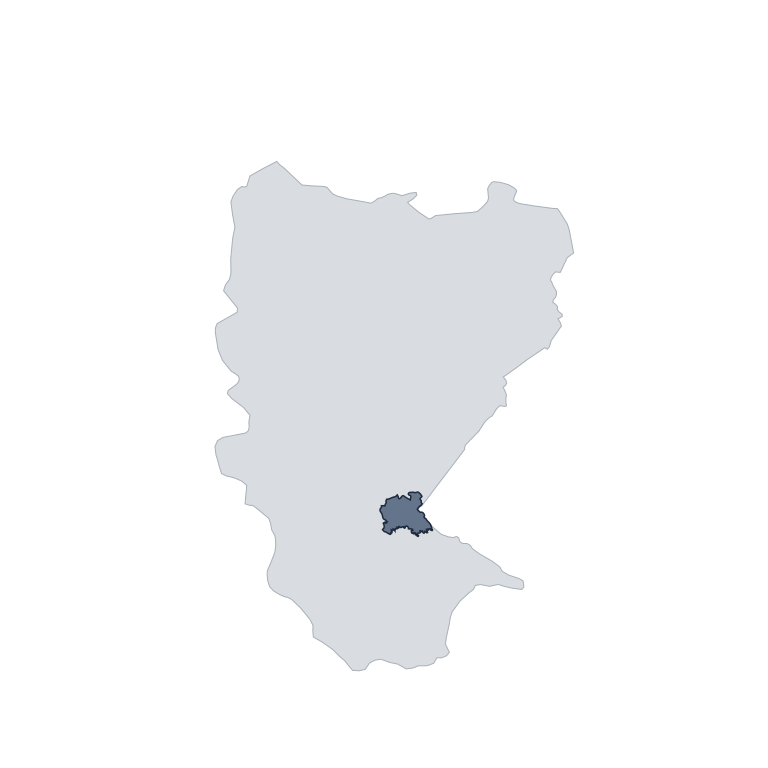 Ioba, Ioba, Burkina Faso shown in context, rotated 308°
{"feature_id": "67063806B47797635439115", "entity_name": "Ioba", "entity_type": "district", "adm_level": 2, "iso_a3": "BFA", "parent_name": "Burkina Faso", "parent_adm1": "Ioba", "projection": "equal_earth", "projection_center": [-3.138, 11.037], "detail": "fine", "context": "in_parent", "style": "filled", "palette": "slate", "viewbox_px": 768, "rotation_deg": 308, "n_neighbors": 0, "source": "geoboundaries", "source_scale": "gbopen_adm2", "svg_char_len": 8681}
<svg xmlns="http://www.w3.org/2000/svg" viewBox="0 0 768 768"><g transform="rotate(308 384 384)"><path d="M537.3,488.2L521.3,489.0L515.5,491.3L512.0,491.4L511.9,489.4L511.5,488.3L491.3,481.8L477.2,478.0L462.9,473.7L462.1,477.7L460.0,480.3L456.9,480.5L454.8,479.8L453.3,482.9L451.0,487.0L447.7,489.0L444.4,491.5L442.6,493.7L441.3,493.7L438.0,488.5L433.6,488.0L425.5,488.9L421.8,487.5L416.8,486.8L405.1,487.8L386.2,485.7L383.1,486.9L382.3,487.8L363.7,488.1L343.1,488.3L325.9,488.6L310.9,488.8L310.9,487.9L306.1,487.8L305.5,489.5L301.3,510.3L300.8,521.6L303.1,528.7L305.6,533.1L308.5,535.0L308.8,537.5L306.5,540.8L306.7,544.1L309.4,547.6L310.0,551.2L308.6,555.0L309.0,564.2L311.0,578.7L311.1,588.1L309.2,592.4L310.1,599.7L313.8,610.1L314.4,614.5L313.1,616.5L310.0,619.2L306.9,619.1L303.3,612.9L301.7,610.0L298.7,603.7L296.3,597.3L292.9,594.5L289.6,591.8L285.5,583.7L281.6,579.9L277.5,581.0L271.5,579.5L259.4,577.5L246.4,578.0L241.0,579.9L235.7,582.9L222.2,589.4L216.8,592.6L212.8,600.7L208.2,600.6L203.6,597.9L200.7,594.2L194.6,595.1L188.6,591.5L182.9,584.4L178.6,582.1L173.2,577.0L171.7,567.2L168.3,560.4L165.2,550.9L160.5,546.7L155.1,544.4L147.7,544.9L142.8,541.1L139.0,535.5L140.0,530.7L141.7,523.9L142.0,517.3L143.2,506.7L142.5,493.4L141.1,484.1L145.3,480.2L150.0,476.7L153.0,470.4L156.1,456.3L157.4,444.0L156.5,439.5L154.9,435.9L153.7,430.6L153.0,424.2L153.9,418.6L157.5,413.4L162.0,409.1L165.2,407.0L173.6,404.8L184.2,401.6L190.4,397.9L194.8,394.2L197.3,391.4L199.9,385.4L204.0,380.8L207.1,376.2L207.6,363.2L207.6,355.9L205.2,351.8L204.0,348.3L219.7,338.2L219.8,331.1L217.6,323.1L214.6,316.7L213.4,311.2L217.8,304.7L221.6,299.8L224.4,295.6L230.6,289.3L237.0,287.7L242.8,290.0L259.9,304.9L262.9,305.9L266.5,304.7L271.0,300.8L276.8,297.7L279.0,287.8L278.8,273.1L280.1,266.4L283.2,265.2L293.1,268.0L295.6,268.1L298.5,267.2L300.6,264.6L300.5,259.9L300.0,255.7L303.2,242.1L309.1,231.9L320.9,219.2L324.6,216.6L328.9,215.3L350.1,224.1L353.6,221.9L358.7,200.2L364.4,198.1L371.3,197.8L375.8,195.9L378.1,194.4L388.2,186.2L405.9,174.9L415.5,170.1L417.3,168.3L424.2,160.4L433.2,151.3L439.0,149.4L447.0,148.8L452.0,150.3L453.4,152.9L455.0,154.2L465.5,150.3L480.4,156.5L493.4,162.5L492.6,166.4L492.6,173.2L491.5,183.9L490.3,196.8L495.7,205.2L502.1,214.2L503.9,217.7L502.2,226.5L503.4,231.7L506.9,240.4L512.7,251.3L518.6,262.6L522.8,264.1L526.7,265.0L529.0,267.1L532.5,269.0L536.0,270.3L539.0,272.8L540.9,275.2L543.4,282.2L550.1,286.8L554.8,291.4L552.9,293.7L547.1,292.8L541.7,290.8L541.0,294.1L540.8,306.9L541.7,317.6L543.0,319.0L548.5,321.0L561.7,334.8L573.6,348.0L577.6,351.4L584.2,352.7L591.6,353.2L594.7,352.0L601.8,345.4L605.6,344.7L609.1,344.8L611.0,345.9L614.4,351.3L617.7,359.4L618.6,365.5L618.3,368.7L617.3,369.9L611.4,371.5L608.9,372.7L608.3,374.5L609.2,378.5L610.4,381.1L616.9,392.9L626.2,408.8L629.0,412.8L627.5,417.6L622.9,430.0L619.4,435.2L604.0,452.7L596.4,450.6L580.5,454.2L578.0,450.2L574.3,449.6L569.7,450.3L568.0,451.9L567.5,453.6L565.9,456.0L563.0,463.0L560.7,464.8L557.9,465.8L554.4,465.7L552.4,466.6L552.4,470.1L551.8,473.1L549.4,474.6L548.5,477.9L548.7,481.2L547.3,482.8L544.3,481.9L542.5,481.0L540.8,485.3L538.8,488.2L537.3,488.2Z" fill="#d9dde1" stroke="#a8b0b8" stroke-width="1"/><path d="M304.8,462.8L304.8,462.7L304.6,462.7L304.5,462.8L304.2,462.8L303.8,462.6L303.3,462.7L302.8,462.5L302.4,462.2L302.1,462.2L301.9,462.0L301.4,461.8L301.1,461.6L300.9,461.3L300.2,460.9L300.0,460.7L299.9,460.5L299.7,460.5L299.0,460.1L298.7,459.9L296.6,458.7L296.1,458.4L295.7,457.9L295.5,457.7L295.5,457.8L295.0,457.5L294.0,457.2L293.6,457.3L292.9,457.6L292.1,458.7L291.9,458.8L291.0,459.0L289.9,459.0L289.3,459.4L289.1,459.4L288.8,459.7L288.6,459.8L288.3,459.6L288.2,459.1L287.7,458.4L287.2,457.7L286.5,456.9L285.9,457.5L285.3,457.9L285.0,457.9L283.8,457.8L283.4,457.9L282.3,458.4L281.7,458.9L281.5,459.2L281.2,460.1L280.6,461.5L280.2,462.6L279.8,463.2L278.1,465.3L277.7,465.8L277.6,466.4L277.4,466.8L277.5,467.9L277.7,468.5L277.8,468.7L277.7,469.2L277.7,469.6L277.5,470.3L277.5,470.8L277.4,470.7L277.0,470.6L276.8,470.5L276.7,470.6L276.6,471.0L276.4,471.2L276.3,471.6L276.0,471.5L275.9,471.3L275.7,470.9L275.4,470.8L275.5,470.1L275.3,470.2L275.2,470.2L275.2,469.8L274.9,469.7L274.7,469.7L274.6,469.4L274.4,469.2L274.2,469.1L273.9,469.1L273.7,469.3L273.2,470.3L272.9,470.8L271.6,472.1L270.5,472.6L270.3,472.7L269.5,472.5L268.3,472.5L268.2,473.2L268.0,473.9L268.0,474.6L267.9,475.1L268.1,475.7L268.5,476.3L268.6,477.6L268.8,478.6L268.8,479.0L268.8,479.7L269.3,480.2L269.4,480.4L269.2,480.7L269.2,481.1L269.5,481.1L269.4,481.4L269.5,481.5L269.6,481.4L269.9,481.0L270.0,481.1L270.0,480.9L270.3,481.0L270.7,481.5L271.3,481.0L271.5,481.3L271.8,481.4L271.9,481.6L272.0,481.5L272.4,480.8L272.8,480.8L272.9,481.0L273.1,480.8L273.2,480.7L273.2,480.2L273.3,480.1L273.3,479.8L273.5,479.6L273.5,479.8L273.7,480.4L274.0,480.7L274.2,480.8L274.7,480.8L274.9,480.7L275.0,480.4L275.0,480.5L275.0,480.9L275.2,480.7L275.2,480.8L275.3,481.1L275.2,481.2L275.1,481.3L274.8,481.1L274.7,481.2L274.9,481.8L274.9,482.3L275.1,482.5L275.0,482.9L275.2,482.7L275.3,482.7L275.6,482.5L275.8,482.6L276.0,482.3L276.3,482.2L276.5,482.3L276.5,482.1L276.7,482.3L276.8,482.2L277.1,482.4L277.3,482.4L277.5,482.4L277.5,482.7L277.8,482.8L277.7,483.0L277.8,483.1L278.0,483.4L278.2,483.2L278.4,483.4L278.6,483.0L278.8,483.1L278.8,482.7L279.0,482.5L279.1,483.2L279.2,483.5L279.2,483.8L279.7,484.2L279.8,484.2L280.1,483.6L280.4,483.3L280.8,483.3L281.0,483.4L281.0,483.8L280.8,484.3L281.0,485.2L281.4,485.4L281.4,485.7L281.5,485.8L281.8,486.1L282.1,486.0L282.7,486.4L283.2,486.9L283.4,487.0L283.2,487.4L283.4,487.4L283.4,487.6L283.5,487.6L283.5,487.8L283.1,488.4L283.0,488.8L283.2,489.1L284.1,489.0L284.4,488.7L284.5,488.8L284.8,488.6L285.1,488.8L285.4,488.7L285.7,489.2L285.8,489.2L286.1,489.4L286.2,489.6L286.1,490.1L286.2,490.4L286.1,490.7L286.0,491.0L286.0,491.3L285.7,491.9L285.3,492.1L284.9,492.4L285.1,492.8L285.6,493.6L285.9,493.8L286.1,493.8L286.2,494.2L286.5,494.4L286.6,494.6L286.7,495.0L287.1,495.9L286.7,496.7L286.5,496.9L286.3,496.9L286.1,496.8L285.5,495.9L285.3,495.8L285.1,495.8L284.9,496.0L284.7,496.4L284.1,496.8L284.1,497.1L283.7,497.6L283.7,497.9L283.7,498.0L283.8,498.1L283.9,498.4L284.1,498.6L284.3,499.0L284.4,498.9L284.5,498.9L284.5,499.0L284.7,499.4L284.6,499.6L284.9,499.5L285.1,499.6L285.3,499.4L285.5,499.3L285.7,499.5L285.9,499.7L286.0,499.8L285.9,500.1L285.6,500.4L285.4,500.8L285.4,501.2L285.4,501.7L285.3,501.8L284.9,501.5L284.8,501.8L284.7,502.3L284.6,502.5L284.9,503.4L285.1,503.4L285.1,503.6L284.8,503.9L284.7,503.8L284.7,504.2L284.9,504.7L285.2,504.8L285.5,504.7L285.9,504.5L286.0,504.4L286.0,504.1L285.8,503.6L285.8,503.2L286.2,502.7L286.8,502.2L286.9,502.3L287.8,503.0L287.9,503.3L288.1,503.5L288.7,503.7L288.9,503.9L289.2,504.1L289.7,503.7L290.5,502.7L290.8,503.0L290.5,503.9L290.4,504.1L290.6,504.3L290.9,504.2L291.1,504.3L291.3,504.5L291.6,504.5L291.8,504.5L291.9,504.8L291.7,505.0L291.3,505.3L291.0,505.9L290.9,506.1L290.9,506.9L290.9,507.1L291.1,507.4L291.3,507.5L291.8,507.4L292.2,507.4L292.4,507.2L292.9,506.7L293.0,506.8L293.1,507.9L293.2,508.2L293.1,509.0L293.1,509.3L293.4,509.5L293.8,509.8L294.0,509.7L294.2,509.3L294.5,508.4L294.9,507.9L295.0,507.6L295.6,506.9L296.1,507.4L296.3,507.6L296.1,508.7L296.2,508.8L296.6,508.5L297.3,508.4L297.8,508.7L298.1,509.1L298.2,509.5L297.7,509.8L297.5,510.3L297.8,510.4L297.9,510.7L297.9,511.8L298.1,512.1L298.5,512.1L298.9,512.1L299.0,512.0L299.2,511.3L299.3,510.8L299.6,510.5L300.5,509.6L301.6,507.6L302.1,506.5L302.6,504.5L302.7,503.4L302.8,502.1L303.4,500.6L303.6,499.9L303.5,498.8L303.6,497.8L303.8,497.5L304.1,497.2L304.5,497.3L305.4,496.9L305.8,496.2L306.4,494.9L306.5,493.8L306.5,493.4L306.2,492.6L305.4,491.7L305.1,491.0L305.3,490.0L305.3,489.5L305.4,489.2L305.7,487.7L305.8,487.3L307.2,487.3L309.6,487.2L310.2,487.8L310.8,487.7L311.4,487.9L313.1,487.9L313.2,487.3L313.3,486.9L313.6,486.3L314.5,485.6L314.8,485.3L315.1,484.8L315.3,484.1L315.4,483.3L315.5,483.1L316.0,482.9L317.1,483.0L318.0,483.2L318.4,483.2L318.9,483.0L319.0,482.7L319.4,481.5L319.7,480.6L319.8,479.4L319.9,478.2L319.9,477.9L319.8,477.4L319.5,477.0L319.3,476.7L318.6,476.3L317.7,475.5L317.1,474.6L316.5,473.3L315.7,472.6L314.6,471.2L314.2,470.9L313.8,470.7L313.1,470.6L312.6,470.7L312.2,471.0L311.9,471.5L311.9,472.0L312.3,473.8L312.3,474.1L311.8,474.5L308.8,476.1L308.7,475.1L308.5,473.9L308.3,473.2L308.3,472.3L308.2,471.5L308.0,470.8L308.1,469.1L307.9,468.2L307.7,467.8L307.3,467.4L306.9,467.3L305.8,467.2L305.6,467.3L305.0,467.3L304.5,467.1L304.0,467.2L303.6,467.0L303.3,467.0L303.0,466.8L302.9,466.6L302.9,466.2L302.9,465.7L303.0,465.6L303.1,465.4L303.7,464.8L304.0,464.5L304.5,463.3L304.8,462.8Z" fill="#64748b" stroke="#1e293b" stroke-width="1.5"/></g></svg>